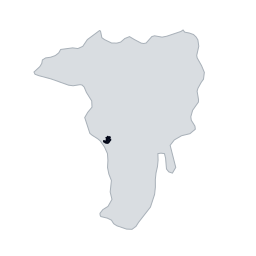 location of Santo Domingo Oeste, Santo Domingo, Dominican Republic, rotated 81°
{"feature_id": "3306468B81365020570437", "entity_name": "Santo Domingo Oeste", "entity_type": "district", "adm_level": 2, "iso_a3": "DOM", "parent_name": "Dominican Republic", "parent_adm1": "Santo Domingo", "projection": "equal_earth", "projection_center": [-70.016, 18.468], "detail": "fine", "context": "in_parent", "style": "filled", "palette": "ink", "viewbox_px": 256, "rotation_deg": 81, "n_neighbors": 0, "source": "geoboundaries", "source_scale": "gbopen_adm2", "svg_char_len": 2955}
<svg xmlns="http://www.w3.org/2000/svg" viewBox="0 0 256 256"><g transform="rotate(81 128 128)"><path d="M39.9,182.2L40.2,170.1L41.7,165.1L40.3,159.9L34.3,154.3L30.6,147.2L27.3,140.9L28.0,140.0L34.7,139.7L37.0,137.4L41.5,130.9L42.4,125.7L42.0,121.8L39.1,117.1L38.0,112.2L41.6,107.9L46.3,101.6L47.0,99.2L46.9,96.8L41.4,90.1L41.1,87.3L43.6,80.1L43.4,75.3L40.9,60.5L39.8,58.3L42.2,57.0L43.8,52.6L45.9,48.7L48.8,46.5L51.9,45.2L58.3,45.3L67.1,48.8L69.6,48.7L78.0,45.6L85.0,43.9L91.6,45.8L94.3,48.5L99.7,52.7L102.5,54.0L111.1,53.9L113.4,54.4L120.6,61.4L126.7,64.2L130.2,64.3L136.6,61.6L139.7,61.7L143.3,67.7L144.0,76.3L147.0,84.1L151.7,89.1L174.4,87.0L179.5,91.2L177.7,94.6L174.5,96.4L163.7,95.6L159.0,96.0L158.0,99.4L158.0,102.5L164.4,103.3L170.6,104.9L176.9,107.4L183.3,109.1L190.6,110.2L197.7,112.1L209.6,118.2L222.8,132.3L226.4,135.5L228.7,139.9L227.6,145.3L222.9,154.2L220.3,157.1L216.4,158.8L213.8,162.5L211.2,168.7L209.6,169.2L207.8,169.0L204.6,165.5L202.3,160.0L196.0,155.0L188.4,155.6L177.3,152.6L170.5,154.1L163.8,154.4L156.9,152.9L150.0,152.3L143.0,154.2L136.3,157.5L133.9,159.6L129.5,164.6L127.3,166.5L110.9,169.1L106.2,165.3L101.8,160.3L95.6,159.6L86.4,163.5L80.7,164.9L78.4,166.6L77.7,168.5L77.7,175.6L76.4,180.0L67.5,196.3L62.4,207.8L60.4,211.4L58.0,212.1L53.6,205.5L50.8,203.1L47.4,201.9L45.9,198.4L46.0,193.4L45.1,188.5L43.0,184.7L39.9,182.2Z" fill="#d9dde1" stroke="#a8b0b8" stroke-width="1"/><path d="M137.3,147.3L137.2,147.3L137.1,147.2L136.9,147.1L136.6,147.1L136.4,147.1L136.3,147.3L136.2,147.6L136.1,147.9L135.8,148.1L135.5,148.2L135.5,148.3L135.4,148.3L135.4,148.2L135.1,148.1L134.9,148.0L134.8,147.9L134.7,147.8L134.7,147.7L134.5,147.2L134.4,147.2L134.2,147.2L134.0,147.4L134.0,147.5L133.9,147.7L133.9,147.8L133.9,148.0L134.0,148.2L134.0,148.3L134.2,148.5L134.1,148.9L134.1,149.0L133.8,149.4L133.7,149.3L133.6,149.2L133.4,149.2L133.3,149.3L133.3,149.5L133.6,149.6L133.8,149.6L134.0,149.6L134.1,149.8L134.1,150.5L134.2,150.8L134.3,151.0L134.4,150.9L134.4,150.7L134.5,150.5L134.5,150.4L134.6,150.2L134.8,150.2L135.1,149.9L135.3,149.8L135.4,150.0L135.5,150.3L135.6,150.5L135.7,150.8L135.8,150.9L135.8,151.0L136.0,151.1L136.3,151.1L136.4,150.9L136.5,150.7L136.6,150.4L136.8,150.1L137.0,150.0L137.1,150.3L137.1,150.5L136.9,150.9L136.8,151.0L136.9,151.3L136.9,151.2L137.0,151.2L137.3,151.2L137.3,151.3L137.3,151.5L137.7,151.9L137.7,152.0L137.7,152.3L137.5,152.5L137.4,152.6L137.4,152.9L137.5,153.0L137.5,153.3L137.3,153.5L137.2,153.5L136.9,153.7L136.9,153.8L137.0,153.8L137.3,153.8L137.4,154.0L137.5,154.0L137.8,154.0L137.9,153.9L137.9,153.7L138.0,153.5L138.0,153.4L138.4,153.2L138.5,153.1L138.8,152.9L139.0,152.6L139.2,152.4L139.2,152.1L139.3,151.9L139.4,151.7L139.5,151.5L139.6,151.3L139.6,151.2L139.7,150.9L139.7,150.4L139.7,150.2L139.6,149.9L139.5,149.7L139.2,149.3L138.8,148.9L138.7,148.7L138.4,148.5L138.1,148.2L137.9,148.1L137.6,147.8L137.5,147.6L137.4,147.5L137.3,147.3Z" fill="#0f172a" stroke="#020617" stroke-width="1.5"/></g></svg>